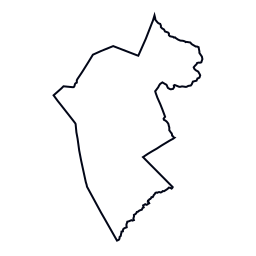 outline of Jenipapo dos Vieiras, Maranhão, Brazil
{"feature_id": "56859067B54788790955635", "entity_name": "Jenipapo dos Vieiras", "entity_type": "district", "adm_level": 2, "iso_a3": "BRA", "parent_name": "Brazil", "parent_adm1": "Maranhão", "projection": "orthographic", "projection_center": [-45.494, -5.415], "detail": "fine", "context": "isolated", "style": "outline", "palette": "ink", "viewbox_px": 256, "rotation_deg": 0, "n_neighbors": 0, "source": "geoboundaries", "source_scale": "gbopen_adm2", "svg_char_len": 2894}
<svg xmlns="http://www.w3.org/2000/svg" viewBox="0 0 256 256"><path d="M201.3,62.3L201.8,60.8L202.4,59.1L201.9,56.6L200.2,54.1L199.4,52.9L199.4,51.4L199.0,49.4L198.8,48.4L198.6,47.2L196.9,46.5L195.7,46.5L193.5,45.2L192.1,44.4L191.4,43.8L190.3,42.5L186.6,41.9L185.6,42.1L184.9,41.4L184.0,41.1L183.0,40.8L181.9,40.7L180.4,40.6L179.2,40.1L177.9,39.5L177.0,38.9L175.8,38.1L174.9,37.3L174.0,37.6L172.9,36.8L171.5,36.6L169.9,36.2L168.9,35.2L168.9,33.4L168.0,32.5L166.6,32.0L165.0,31.5L164.6,30.7L164.0,29.5L163.0,28.9L162.1,28.4L160.9,27.1L160.9,25.6L160.2,23.9L158.5,23.3L157.5,22.4L155.3,19.7L155.2,18.2L154.7,16.2L154.5,15.4L152.9,20.7L152.0,22.9L145.8,38.8L138.3,55.7L136.8,55.2L113.2,46.1L101.3,50.9L94.0,54.2L92.9,54.7L88.5,61.9L82.8,71.0L81.1,73.6L77.4,79.1L76.8,80.3L76.8,82.6L75.6,83.2L75.0,84.0L74.4,86.2L73.7,87.1L72.8,87.2L63.5,86.3L61.4,88.4L53.6,95.3L57.7,100.9L59.7,103.4L73.6,121.1L75.2,123.2L75.6,124.0L76.4,132.3L77.6,138.8L78.0,141.7L79.2,150.5L81.1,160.4L85.8,182.1L86.6,184.7L87.0,186.7L101.0,212.5L104.4,218.4L117.0,240.6L118.0,240.2L119.1,239.5L119.5,238.5L119.6,237.0L120.7,236.0L120.9,235.1L121.0,234.2L121.4,232.9L121.5,231.6L122.9,231.3L122.9,230.1L123.5,228.8L124.6,228.1L125.6,227.7L126.7,227.3L126.5,225.8L126.4,224.8L126.6,223.9L127.0,222.9L127.3,221.7L128.6,221.4L130.0,220.8L131.4,220.2L132.5,220.6L133.9,220.1L133.4,218.7L133.6,217.7L134.0,216.5L133.9,214.9L135.4,214.1L136.2,213.3L136.8,212.0L138.0,211.7L139.0,210.8L140.0,210.3L141.8,209.7L142.6,208.0L143.7,207.4L143.3,206.4L143.1,205.4L144.1,204.9L145.2,204.2L146.4,204.8L147.4,204.5L148.1,203.8L149.2,203.3L148.7,202.2L147.8,201.8L148.0,200.6L148.8,200.1L149.5,199.2L150.3,199.0L151.1,198.0L151.5,197.1L152.7,197.1L153.3,196.1L153.8,195.0L154.7,194.1L155.4,192.9L156.3,192.5L157.2,192.8L158.4,192.2L159.5,192.1L160.7,192.5L161.8,192.0L162.7,191.1L164.0,191.2L165.6,190.2L167.0,189.3L168.0,188.5L168.8,187.6L170.4,187.9L171.6,188.6L172.3,187.9L172.7,187.1L152.0,166.2L150.0,164.2L143.0,157.1L147.8,153.9L151.9,151.4L156.8,148.6L161.4,145.6L169.5,140.7L173.2,138.7L174.5,137.7L173.6,137.3L173.0,136.3L172.1,135.6L172.0,134.5L171.7,133.4L170.8,132.5L170.3,131.6L169.3,130.3L169.3,128.4L169.3,127.4L168.9,126.2L168.6,124.9L168.3,123.7L167.5,122.6L166.6,121.5L165.3,120.5L163.9,119.8L163.6,118.7L164.4,117.6L165.1,116.8L162.4,109.5L160.3,104.2L157.4,97.7L155.7,93.0L155.2,91.2L155.8,90.5L158.2,87.3L159.2,85.3L160.2,83.9L162.4,82.4L165.4,84.2L166.4,84.7L167.0,85.8L167.3,86.7L168.0,88.0L169.8,89.0L170.8,89.3L173.0,88.9L174.1,87.2L173.8,85.5L174.7,85.0L179.2,86.8L180.3,86.8L182.0,86.4L183.8,86.6L185.4,86.9L186.6,86.8L188.3,85.9L190.8,85.5L191.7,84.4L192.9,81.6L194.8,81.1L196.5,80.7L197.1,79.3L197.5,78.4L198.5,78.2L199.5,77.5L200.2,75.3L199.8,74.4L198.2,71.6L195.7,70.2L194.3,68.8L193.7,67.3L195.2,65.5L196.5,64.3L197.1,63.0L198.6,62.6L200.1,62.7L201.3,62.3Z" fill="none" stroke="#020617" stroke-width="2"/></svg>